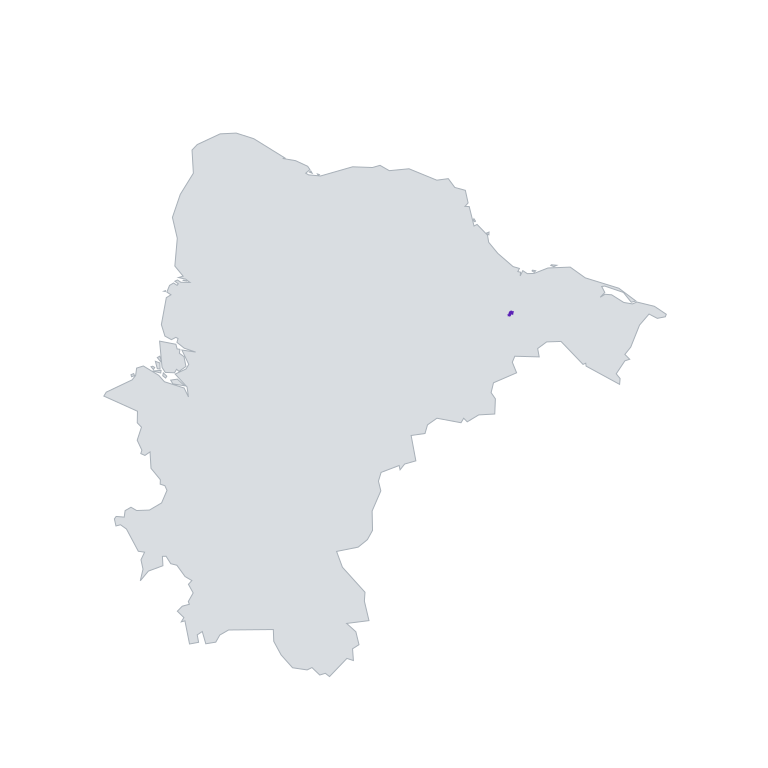 location of Rosário do Ivaí, Paraná, Brazil, rotated 259°
{"feature_id": "56859067B13040276916511", "entity_name": "Rosário do Ivaí", "entity_type": "district", "adm_level": 2, "iso_a3": "BRA", "parent_name": "Brazil", "parent_adm1": "Paraná", "projection": "mercator", "projection_center": [-51.205, -24.314], "detail": "fine", "context": "in_parent", "style": "filled", "palette": "violet", "viewbox_px": 768, "rotation_deg": 259, "n_neighbors": 0, "source": "geoboundaries", "source_scale": "gbopen_adm2", "svg_char_len": 4974}
<svg xmlns="http://www.w3.org/2000/svg" viewBox="0 0 768 768"><g transform="rotate(259 384 384)"><path d="M207.8,150.4L215.3,156.8L224.7,153.8L227.7,157.9L232.9,152.0L245.6,146.1L248.3,140.4L256.5,137.2L257.1,133.6L247.8,132.3L245.3,117.0L237.3,107.2L248.2,112.1L257.8,111.9L264.6,116.9L266.7,110.9L290.8,103.5L296.1,98.5L295.8,93.8L303.0,93.6L305.1,95.8L302.9,103.6L309.1,105.7L311.3,112.1L307.0,117.0L305.0,129.7L309.7,143.0L321.0,150.7L326.0,149.5L328.4,145.2L332.7,146.2L345.7,139.2L362.0,141.4L359.5,135.7L362.1,132.0L365.3,133.7L375.9,131.0L387.9,137.7L393.0,134.4L404.3,136.8L425.6,106.7L429.0,109.8L436.1,137.5L439.7,141.8L446.8,144.2L447.6,151.2L435.5,164.5L428.1,168.9L418.2,187.0L408.6,189.6L418.7,190.1L433.6,180.9L436.5,192.5L440.5,196.1L455.9,192.1L451.3,205.2L457.3,194.7L464.4,188.7L467.9,190.5L469.5,188.6L468.1,183.8L472.8,178.1L484.8,176.8L510.3,186.8L512.2,191.9L515.7,188.4L521.7,192.3L523.3,196.7L520.3,199.7L521.6,201.2L524.8,198.3L525.5,201.1L522.6,204.0L520.7,212.9L524.8,209.3L527.7,202.6L528.2,207.4L539.7,201.2L566.5,208.9L587.9,208.1L609.0,220.2L627.3,237.1L650.3,240.2L654.7,246.4L660.8,270.9L658.5,286.8L649.6,303.0L624.8,329.8L624.7,327.6L620.1,339.8L612.3,350.6L608.6,352.2L605.9,347.4L603.7,349.8L600.3,361.4L603.2,394.6L598.7,414.0L599.4,421.8L592.4,429.9L590.5,449.6L574.0,474.7L573.3,486.3L563.4,491.0L558.6,500.8L545.7,501.1L542.9,497.4L541.9,501.5L521.9,502.5L522.9,505.8L510.3,514.0L503.1,513.8L490.4,520.7L474.6,533.1L471.6,539.0L468.8,536.8L467.7,539.4L464.1,538.3L468.8,541.9L465.0,545.7L463.9,552.4L466.6,567.1L463.2,589.1L449.8,601.8L433.2,632.8L417.4,647.1L417.1,642.3L428.2,636.5L438.0,619.4L438.2,616.3L431.7,618.2L427.9,612.8L429.9,618.1L428.1,624.5L418.3,634.9L415.2,643.2L416.2,647.9L408.7,664.2L398.6,674.4L396.3,673.0L396.3,664.8L402.1,657.5L393.1,646.1L373.1,633.2L367.1,626.1L361.4,629.9L360.8,624.9L349.7,613.9L344.3,616.8L338.7,615.2L363.0,585.8L365.9,586.0L365.3,583.1L392.0,565.9L394.3,551.7L389.5,541.6L381.0,541.5L386.3,517.7L380.9,514.1L369.7,516.3L364.3,491.7L355.1,487.5L348.2,490.5L333.4,487.0L335.6,471.1L331.0,458.5L335.2,455.7L331.3,452.2L340.3,429.4L335.6,418.9L327.6,414.8L328.3,400.8L302.5,400.6L301.5,389.0L296.7,383.4L301.1,383.3L297.8,364.3L289.7,360.0L279.7,360.5L261.6,348.1L242.5,344.8L234.4,338.0L228.8,327.5L228.7,305.5L212.1,308.2L183.2,325.6L174.6,323.3L154.6,324.1L156.1,301.6L146.2,309.1L132.9,309.7L130.1,302.6L118.4,301.2L121.7,295.2L107.2,274.7L111.2,271.2L110.6,265.4L119.4,259.2L118.0,254.0L122.9,240.1L137.7,231.3L152.4,226.7L164.1,228.5L172.2,184.5L168.9,174.9L162.7,169.6L163.0,159.5L175.7,158.4L173.4,152.8L165.8,152.7L165.9,143.5L189.5,143.4L189.2,139.6L192.9,143.0L200.4,137.8L204.4,143.6L204.9,150.9L207.8,150.4ZM442.7,169.3L468.9,171.9L462.7,187.3L457.9,187.6L457.0,190.3L453.2,189.0L449.0,192.9L439.0,192.9L435.5,185.2L438.0,183.2L435.0,180.5L437.1,171.5L442.7,169.3ZM420.3,187.9L424.4,176.8L428.5,175.3L428.2,182.1L420.3,187.9ZM449.9,163.9L447.4,168.0L441.4,167.0L442.3,164.4L449.9,163.9ZM440.9,159.3L439.9,167.8L437.4,166.9L440.9,159.3ZM454.1,169.2L450.3,169.7L448.6,169.0L453.2,166.5L454.1,169.2ZM437.0,169.5L433.1,172.3L431.5,170.8L434.3,168.4L437.0,169.5ZM444.0,162.1L442.2,160.4L445.4,158.6L445.6,160.3L444.0,162.1ZM442.0,140.3L439.8,140.7L439.3,137.6L441.4,137.4L442.0,140.3ZM467.6,576.2L466.8,573.1L468.6,570.3L469.1,571.1L467.6,576.2ZM512.5,512.8L513.1,516.1L510.4,515.4L512.5,512.8ZM466.2,554.5L465.0,552.7L466.8,550.9L467.4,551.6L466.2,554.5ZM524.1,207.4L522.5,210.6L524.1,206.1L524.1,207.4ZM607.2,352.8L604.6,353.7L606.3,351.1L607.2,352.8ZM529.1,503.8L526.4,504.9L525.9,504.2L527.5,502.7L529.1,503.8ZM602.9,358.7L601.9,360.5L601.2,359.3L602.9,358.7ZM517.1,185.6L517.3,187.3L516.5,187.0L517.1,185.6Z" fill="#d9dde1" stroke="#a8b0b8" stroke-width="1"/><path d="M430.1,524.3L430.1,524.2L430.1,523.9L430.1,523.7L430.3,523.6L430.5,523.5L430.6,523.4L430.7,523.2L430.8,523.1L430.7,523.0L430.8,523.0L430.8,522.9L430.8,522.7L431.0,522.5L430.9,522.4L430.7,522.3L430.7,522.2L430.6,521.9L430.6,521.7L430.4,521.7L430.5,521.6L430.6,521.4L430.4,521.3L430.2,521.4L430.2,521.2L429.9,521.1L430.0,521.0L430.0,520.9L429.8,520.9L429.7,520.9L429.8,521.0L429.7,521.0L429.6,520.9L429.6,521.0L429.5,520.9L429.4,520.9L429.2,520.8L429.2,520.7L429.1,520.4L428.9,520.3L428.7,520.4L428.5,520.2L428.5,520.3L428.4,520.4L428.3,520.2L428.2,520.1L428.0,519.9L427.9,519.9L427.9,519.7L427.8,519.8L427.7,519.8L427.6,519.7L427.4,519.5L427.3,519.8L427.2,520.0L427.3,520.0L427.3,520.3L427.2,520.4L427.2,520.5L427.2,520.8L427.3,520.9L427.5,521.0L427.8,521.3L428.0,521.4L428.2,521.5L428.4,521.6L428.6,521.7L428.6,521.8L428.6,522.0L428.8,522.1L429.0,522.2L429.2,522.4L429.3,522.4L429.6,522.3L429.8,522.3L429.7,522.4L429.7,522.5L429.7,522.8L429.6,523.0L429.4,523.0L429.2,523.1L428.9,523.1L428.7,523.0L428.7,522.9L428.6,523.0L428.4,523.3L428.5,523.3L428.7,523.5L428.8,523.5L428.7,523.7L429.4,524.0L430.1,524.3ZM429.0,520.3L429.1,520.2L429.0,520.3Z" fill="#8b5cf6" stroke="#5b21b6" stroke-width="1.5"/></g></svg>